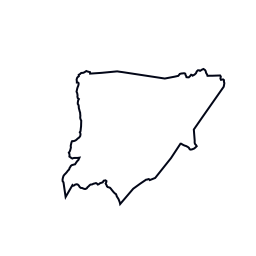 Eunápolis, Bahia, Brazil (Equal Earth projection), rotated 29°
{"feature_id": "56859067B32673788757857", "entity_name": "Eunápolis", "entity_type": "district", "adm_level": 2, "iso_a3": "BRA", "parent_name": "Brazil", "parent_adm1": "Bahia", "projection": "equal_earth", "projection_center": [-39.639, -16.312], "detail": "fine", "context": "isolated", "style": "outline", "palette": "ink", "viewbox_px": 256, "rotation_deg": 29, "n_neighbors": 0, "source": "geoboundaries", "source_scale": "gbopen_adm2", "svg_char_len": 2915}
<svg xmlns="http://www.w3.org/2000/svg" viewBox="0 0 256 256"><g transform="rotate(29 128 128)"><path d="M183.1,37.4L177.6,40.7L176.6,41.3L172.2,43.8L171.3,42.9L170.2,42.3L169.4,41.8L168.5,40.7L167.3,40.0L166.4,39.9L165.4,39.8L164.6,40.8L164.0,41.9L163.3,43.1L162.4,43.0L161.2,43.6L160.7,45.2L160.9,47.1L160.4,48.8L159.8,49.9L159.1,50.9L158.2,50.6L157.4,50.8L157.1,52.7L156.6,54.2L155.5,54.8L154.5,55.2L153.7,54.4L152.6,53.7L151.7,52.7L150.5,52.9L149.1,53.9L148.1,54.6L147.1,55.6L146.9,56.8L146.7,58.0L143.9,60.5L136.2,66.9L95.8,81.9L93.8,82.7L91.1,83.7L78.1,92.6L68.5,98.8L67.7,97.6L66.1,98.0L64.8,98.3L63.9,98.4L63.3,99.6L62.6,100.8L61.9,101.6L60.8,102.2L60.2,102.9L59.9,104.1L59.1,105.4L59.9,106.6L59.3,107.9L59.2,109.0L59.6,110.6L60.5,111.8L61.2,113.0L62.0,112.5L63.0,112.7L63.5,113.5L64.0,115.1L64.2,117.0L64.6,118.6L65.0,119.9L65.4,121.2L66.7,122.2L68.0,123.8L68.6,125.2L69.7,126.3L71.0,126.5L71.0,128.0L71.7,130.0L72.4,131.3L73.4,131.8L74.3,132.7L74.8,133.6L75.5,134.6L76.6,135.7L77.5,136.7L78.7,137.8L79.5,139.1L80.4,140.4L81.0,141.8L81.8,142.9L82.7,143.7L83.5,144.2L86.1,149.2L88.0,153.8L87.9,155.1L88.9,155.7L89.7,156.9L90.1,158.3L89.9,160.0L89.3,161.2L88.9,162.3L88.6,163.3L88.1,164.3L87.5,165.1L86.6,166.0L85.5,166.6L85.5,167.8L85.9,169.2L86.2,170.3L86.6,171.5L87.5,172.7L87.9,174.2L88.2,175.5L88.4,176.8L88.2,178.3L89.0,178.8L89.7,179.6L90.2,180.4L90.6,181.4L91.8,181.5L92.9,181.7L94.1,181.7L94.7,180.9L95.6,180.2L96.4,179.7L97.4,179.2L98.6,178.5L99.9,177.5L100.1,180.0L99.6,181.8L99.4,183.7L99.3,185.4L98.4,186.2L96.9,187.7L96.4,188.8L96.4,190.1L96.3,191.5L96.6,192.8L96.1,194.5L95.9,196.1L95.5,198.0L95.1,199.3L94.8,200.9L95.0,202.2L95.3,203.4L95.7,204.7L96.6,206.2L97.9,206.8L106.9,218.6L107.1,204.9L107.9,205.2L108.6,204.5L109.2,203.2L110.2,202.2L111.3,201.8L112.7,202.1L114.3,203.0L115.6,203.3L117.1,202.7L118.4,202.6L119.5,202.4L120.4,201.9L121.2,200.7L121.3,199.4L121.8,198.2L122.1,196.9L122.6,195.7L123.9,194.8L124.9,193.4L125.7,192.7L126.7,191.7L127.9,191.7L129.0,192.1L129.7,191.3L130.2,190.0L131.1,189.0L132.2,187.8L132.3,185.9L133.7,184.7L134.9,184.9L135.3,186.1L135.4,187.4L136.4,188.1L137.2,188.5L137.8,189.2L138.9,189.5L140.0,189.2L141.3,189.0L142.7,189.5L143.8,190.0L146.6,191.1L148.4,191.6L149.4,191.6L150.5,192.4L151.4,193.3L152.2,193.7L153.1,194.2L154.2,194.8L155.4,195.8L156.6,196.8L157.4,197.6L158.0,198.3L162.0,178.6L165.6,170.9L168.9,164.4L169.9,163.7L170.6,162.8L171.5,162.6L172.3,163.0L176.0,158.5L180.2,133.5L181.5,116.3L182.4,115.9L183.6,116.1L184.5,116.0L185.4,116.0L186.2,115.9L187.6,115.6L188.7,115.6L189.7,115.6L190.9,115.8L191.7,116.4L192.9,116.7L193.7,116.2L194.4,115.6L195.0,114.9L195.8,113.9L196.4,112.4L196.9,110.6L195.9,110.0L195.0,109.7L194.1,109.3L193.2,108.2L192.5,106.8L186.3,97.4L187.8,82.4L191.7,45.5L191.1,43.7L190.5,42.0L189.6,41.2L188.7,39.6L187.6,39.4L186.0,40.8L184.9,40.0L184.2,38.0L183.1,37.4Z" fill="none" stroke="#020617" stroke-width="2"/></g></svg>